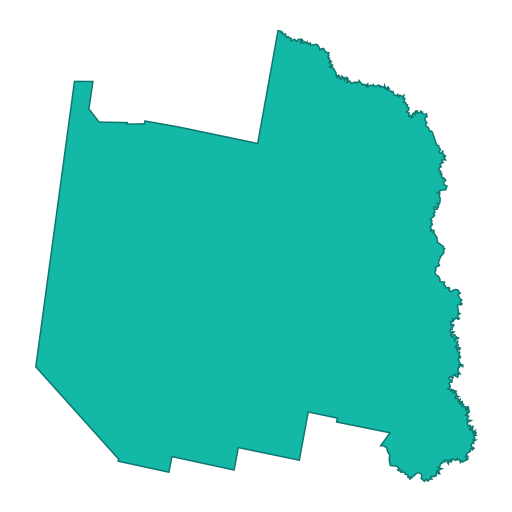 San Cristobal, Santa Fe, Argentina
{"feature_id": "61730980B50411515207012", "entity_name": "San Cristobal", "entity_type": "district", "adm_level": 2, "iso_a3": "ARG", "parent_name": "Argentina", "parent_adm1": "Santa Fe", "projection": "natural_earth1", "projection_center": [-60.804, -30.162], "detail": "fine", "context": "isolated", "style": "filled", "palette": "teal", "viewbox_px": 512, "rotation_deg": 0, "n_neighbors": 0, "source": "geoboundaries", "source_scale": "gbopen_adm2", "svg_char_len": 6009}
<svg xmlns="http://www.w3.org/2000/svg" viewBox="0 0 512 512"><path d="M35.8,366.8L118.7,459.2L118.2,461.2L168.9,472.2L171.9,456.6L234.1,470.0L238.3,447.6L299.3,460.2L308.2,412.0L337.4,418.1L336.6,422.0L390.0,432.8L380.7,445.7L383.6,445.9L386.7,447.8L387.6,451.7L390.0,455.7L389.1,457.9L389.9,458.8L389.2,460.2L390.3,465.5L396.5,466.1L399.4,468.5L397.6,469.9L398.2,470.4L400.3,471.2L401.1,470.4L400.9,472.1L404.7,472.2L405.1,474.2L407.9,474.8L408.0,477.3L410.6,477.2L409.5,478.6L409.9,479.1L417.9,472.4L421.2,473.8L421.9,475.9L421.1,478.3L424.4,481.3L426.1,479.2L427.8,481.1L430.0,478.9L431.8,479.1L430.7,477.1L432.0,476.0L433.2,476.9L436.3,475.7L435.8,474.0L436.6,473.8L437.0,471.5L438.8,473.8L439.8,473.7L438.3,470.2L441.9,468.7L437.8,467.5L439.8,466.4L440.4,463.8L442.1,463.3L442.4,461.8L444.6,462.0L444.6,460.1L445.8,460.9L447.9,460.1L448.2,461.6L447.3,462.4L448.4,463.8L448.6,461.8L451.2,461.8L450.2,459.5L451.0,459.1L451.9,460.4L452.9,459.0L455.7,460.4L457.9,457.9L457.0,459.8L459.8,459.9L460.4,462.6L462.0,460.8L462.6,461.9L467.7,459.4L467.9,458.3L467.1,458.7L465.4,457.1L467.8,456.4L466.1,454.5L467.7,452.6L470.3,451.5L470.3,449.0L471.9,448.5L472.3,449.9L474.1,448.2L471.7,446.9L471.2,444.6L471.8,443.4L473.7,443.4L473.0,441.7L475.6,440.1L473.4,440.1L473.1,439.3L474.8,438.3L473.6,435.9L475.7,435.4L473.8,434.1L475.6,434.0L476.2,432.7L475.4,431.8L474.6,433.5L474.0,432.0L474.7,430.8L472.6,432.0L472.3,430.1L469.4,429.9L469.8,428.6L472.7,428.7L472.9,426.3L471.0,427.1L469.9,425.2L468.1,426.4L467.2,422.5L471.0,420.5L466.8,420.0L468.7,416.2L465.6,415.1L467.3,414.3L466.8,412.0L468.3,413.0L469.2,412.0L469.3,410.6L468.0,409.9L468.7,408.5L468.1,406.6L466.6,407.2L467.0,408.9L465.8,409.9L465.3,406.6L462.1,406.5L463.5,404.6L460.4,403.8L462.5,403.0L462.3,401.5L459.5,402.4L460.1,399.5L458.2,401.2L458.0,398.4L455.3,398.5L455.2,396.9L458.3,396.5L456.1,395.5L456.5,393.4L454.8,392.6L456.2,391.2L453.2,390.0L452.7,392.1L452.0,390.1L450.9,390.7L451.1,389.2L448.1,389.4L447.9,388.4L450.2,387.1L450.3,385.8L448.9,383.9L449.9,382.3L451.8,382.1L452.2,380.3L449.2,379.4L449.2,377.0L450.5,376.7L452.4,378.4L453.1,377.6L452.5,376.3L454.8,374.4L455.1,375.8L457.7,377.3L458.1,374.9L457.5,373.6L460.1,373.9L457.6,370.6L458.4,369.2L458.0,367.9L459.5,367.0L459.1,364.9L462.7,366.6L462.7,364.8L460.7,364.7L458.2,359.5L460.6,357.1L460.3,356.3L458.8,356.4L459.7,352.3L457.6,351.7L456.7,349.3L457.5,348.6L459.2,349.9L460.3,348.3L458.7,347.2L455.3,347.0L455.7,345.9L458.3,345.0L457.0,343.2L457.8,341.3L454.9,341.1L454.7,338.7L457.4,339.0L458.6,338.1L456.2,336.9L454.6,334.8L453.1,335.2L453.0,337.1L452.3,337.2L450.7,335.2L454.0,331.9L452.4,331.6L451.1,332.6L450.0,331.6L450.4,329.5L452.9,329.4L451.6,329.2L451.9,327.6L453.9,325.3L453.4,324.4L450.8,325.2L450.8,322.3L451.4,322.7L452.2,320.8L453.3,321.2L452.9,318.7L454.0,319.9L456.2,317.7L457.9,319.4L459.4,318.7L458.1,317.2L457.8,314.6L460.0,313.7L458.5,312.9L457.4,305.3L459.3,304.2L460.8,305.0L462.1,303.9L460.2,302.0L461.8,300.0L459.7,298.6L458.1,294.4L460.2,293.2L457.4,289.7L454.3,289.6L451.1,291.8L448.7,289.7L449.6,288.8L449.3,287.6L445.7,288.0L445.4,285.8L443.8,285.0L444.6,282.2L439.8,281.7L440.0,279.6L438.6,276.4L436.3,275.2L434.8,272.7L436.0,269.3L435.6,267.1L439.5,265.6L438.3,262.7L440.5,256.8L443.9,252.8L443.6,250.2L444.7,249.0L443.6,248.3L443.5,246.6L437.5,242.3L436.8,237.1L433.3,232.5L434.1,232.0L433.8,230.3L430.7,230.9L431.6,229.4L430.1,227.2L432.4,224.4L431.4,222.5L431.9,220.8L430.3,219.5L434.6,215.5L433.4,213.7L434.9,212.4L433.9,207.3L435.7,206.6L436.5,207.9L435.9,209.2L436.9,209.3L438.6,206.5L437.7,203.6L438.8,204.4L439.9,202.6L440.2,198.3L439.0,195.6L439.9,194.2L439.6,192.8L437.4,193.0L440.9,190.2L445.7,189.8L447.0,186.1L443.7,184.5L444.1,181.7L445.8,180.5L444.5,178.4L443.1,178.8L443.2,177.7L441.6,177.3L441.7,173.7L440.4,174.2L439.9,173.4L440.9,171.5L438.7,169.8L439.4,167.7L441.2,166.7L439.7,164.2L443.1,162.4L441.8,161.2L441.9,159.8L445.6,159.9L444.4,158.3L445.3,155.9L443.6,156.2L444.0,154.7L442.9,153.8L442.6,151.2L440.7,153.3L439.6,153.1L439.1,151.3L440.3,150.2L440.1,148.7L438.7,147.4L438.7,145.7L436.6,144.9L432.4,132.3L431.3,131.1L429.9,131.4L428.1,127.2L426.0,126.3L425.6,124.1L426.9,123.0L425.1,120.3L425.0,118.2L425.5,117.0L427.1,116.8L426.5,113.8L425.2,114.5L422.9,113.7L422.1,111.9L420.6,111.2L420.4,112.8L417.9,112.9L417.5,111.1L416.1,110.8L415.3,111.3L416.1,112.7L414.4,112.8L414.8,114.3L413.4,113.4L412.5,113.9L412.7,117.4L411.2,117.7L411.5,116.2L410.4,115.3L408.8,116.3L409.1,112.9L406.3,111.9L408.5,110.3L408.9,107.7L406.8,106.9L407.5,104.9L406.2,104.4L405.5,102.4L403.4,102.2L404.8,99.2L404.8,98.4L403.1,98.2L403.9,95.4L402.4,96.5L399.7,95.2L398.6,96.8L397.6,94.5L396.9,95.6L394.2,95.1L392.9,91.5L391.9,92.2L390.1,90.4L387.5,90.0L387.3,88.8L389.0,88.4L388.1,86.9L385.7,89.0L384.6,85.5L384.1,87.7L382.2,86.5L380.4,87.4L379.7,86.7L380.2,85.7L377.9,85.1L376.8,86.2L374.7,86.2L373.2,84.5L372.6,85.6L370.2,85.3L367.8,86.9L366.5,86.3L367.9,84.8L367.8,83.9L365.5,85.5L364.1,84.2L362.9,85.0L359.1,80.8L359.1,82.2L357.4,82.1L356.3,83.3L355.1,82.0L351.5,83.4L349.9,81.2L347.1,82.2L348.3,80.8L346.3,79.7L347.7,79.8L348.1,78.6L346.8,77.4L346.4,78.9L345.6,78.5L344.8,79.7L344.6,77.6L342.6,78.6L342.8,76.9L342.0,76.2L341.9,79.0L341.1,79.1L339.7,78.7L340.3,77.3L338.7,75.3L337.4,77.8L336.4,76.7L337.0,75.8L335.8,74.0L336.1,72.8L333.4,68.4L332.2,66.9L330.6,67.5L329.4,66.5L332.5,65.2L329.0,62.4L331.4,61.7L329.0,59.2L329.3,58.0L327.8,57.4L328.9,55.7L328.3,54.8L328.9,52.7L325.8,52.3L323.6,48.5L321.3,48.7L320.0,50.2L318.4,45.8L316.5,44.3L310.5,45.3L310.4,43.0L308.3,43.9L307.3,41.9L306.3,43.4L304.8,41.8L303.7,43.1L302.2,41.9L300.8,43.0L300.4,41.3L303.7,40.6L302.6,40.6L301.7,39.1L298.0,39.6L296.5,41.5L294.4,39.2L291.1,41.0L291.2,38.3L289.4,38.1L288.5,36.8L286.8,37.7L286.7,36.4L285.5,35.9L285.5,33.9L283.3,34.5L282.4,32.1L281.3,32.8L280.6,31.0L278.0,30.7L257.7,143.5L178.7,127.0L144.9,121.0L144.4,123.9L127.2,124.1L127.2,122.6L99.1,122.1L88.9,108.9L92.9,81.5L74.5,81.4L35.8,366.8Z" fill="#14b8a6" stroke="#0f766e" stroke-width="1.5"/></svg>